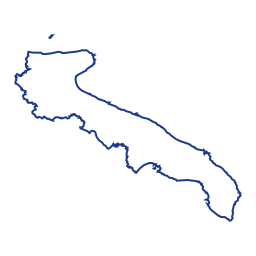 outline of Puglia, Bari, Italy
{"feature_id": "23120603B69806914684511", "entity_name": "Puglia", "entity_type": "district", "adm_level": 2, "iso_a3": "ITA", "parent_name": "Italy", "parent_adm1": "Bari", "projection": "natural_earth1", "projection_center": [17.16, 41.008], "detail": "fine", "context": "isolated", "style": "outline", "palette": "blue", "viewbox_px": 256, "rotation_deg": 0, "n_neighbors": 0, "source": "geoboundaries", "source_scale": "gbopen_adm2", "svg_char_len": 5785}
<svg xmlns="http://www.w3.org/2000/svg" viewBox="0 0 256 256"><path d="M17.3,84.1L20.9,87.4L21.4,89.4L22.1,89.0L22.3,90.1L25.7,91.2L25.8,91.9L25.1,92.1L24.8,92.9L25.5,94.3L24.3,94.5L23.0,95.7L23.8,98.8L27.5,100.0L27.2,101.2L28.1,102.0L27.8,102.4L28.6,102.9L31.9,102.5L31.8,103.0L32.8,103.3L33.1,104.1L34.9,103.7L36.6,105.4L36.8,106.1L34.7,106.5L34.6,107.3L35.7,109.5L33.2,110.7L32.3,111.8L32.3,112.9L33.1,113.9L34.2,114.1L35.2,115.8L35.7,116.0L35.8,116.7L37.5,117.8L38.9,116.9L41.2,117.6L42.2,118.4L44.1,116.6L45.1,117.6L45.9,117.5L47.2,118.9L49.2,118.8L49.6,119.4L53.2,120.7L53.1,119.4L55.5,117.4L58.0,117.2L59.7,118.0L61.0,117.7L61.2,118.3L62.6,118.3L65.9,117.2L67.4,118.5L69.3,117.9L69.6,117.0L69.3,116.3L71.2,115.8L71.4,114.9L72.1,115.3L72.5,114.5L73.4,114.7L73.8,114.0L74.4,114.0L75.3,115.3L75.7,115.1L77.0,116.3L79.0,116.3L79.5,117.2L79.1,117.7L80.5,117.6L80.9,118.0L80.6,118.6L81.9,120.8L82.4,120.4L83.5,120.9L84.5,122.2L84.5,122.8L83.7,123.2L83.9,125.2L83.6,125.7L82.5,127.3L80.2,127.3L80.5,128.3L87.7,131.3L89.5,133.1L90.3,132.4L90.6,131.5L92.2,130.7L94.6,131.5L95.4,132.3L96.5,136.6L98.0,139.0L99.4,140.7L101.8,142.2L103.8,144.8L105.8,145.9L107.4,148.4L108.6,148.7L110.0,147.7L112.1,145.8L113.4,143.8L114.1,144.9L114.7,145.1L114.4,146.0L115.7,146.8L116.1,146.7L115.5,146.1L115.9,145.5L115.3,145.2L115.6,144.6L116.7,144.2L117.3,145.6L117.6,145.8L117.7,145.3L117.9,145.8L118.2,145.4L117.6,144.0L118.3,143.7L119.2,144.6L121.7,144.5L122.1,144.7L121.9,145.3L122.9,145.3L122.9,145.9L123.5,145.8L123.6,144.9L124.2,145.7L127.4,147.6L126.4,148.3L126.2,147.8L125.7,148.5L126.7,149.6L127.6,149.7L126.5,154.0L126.7,155.4L127.6,156.5L126.6,157.2L127.0,157.9L126.2,160.2L127.4,161.7L126.9,162.6L128.2,163.9L127.1,166.1L128.6,167.3L129.2,166.8L129.3,167.5L131.0,167.8L131.1,167.3L132.3,167.9L132.7,169.8L134.4,171.6L135.0,171.6L135.3,172.3L135.7,171.9L136.4,172.6L139.8,168.4L144.4,164.9L149.0,163.1L151.9,163.0L154.0,163.8L153.8,164.9L155.0,164.0L154.5,164.8L155.2,164.4L155.9,165.3L156.1,165.1L156.0,166.2L156.8,166.2L156.8,166.3L157.0,166.7L156.8,166.3L157.2,166.5L157.2,166.2L158.4,166.6L158.3,166.2L159.0,166.0L158.8,166.5L160.3,167.5L160.6,168.6L160.3,168.8L160.8,169.2L160.3,169.0L160.2,169.7L159.4,170.5L157.9,170.7L157.6,171.8L158.9,171.7L162.2,173.5L162.3,174.1L163.5,174.0L164.3,175.1L167.1,175.8L169.6,177.8L172.6,178.0L173.6,179.0L175.9,179.5L176.7,180.7L187.5,180.0L196.1,181.1L197.7,181.9L198.1,181.4L199.0,181.6L199.5,182.6L200.5,182.8L200.9,183.9L201.2,183.5L201.9,184.0L202.0,185.0L201.2,184.2L203.1,186.5L202.6,188.2L203.1,189.5L205.2,191.5L205.5,192.4L206.2,192.3L206.5,193.1L207.0,192.9L208.4,195.4L208.6,197.3L207.9,198.8L206.1,199.7L207.7,200.0L208.9,201.5L209.1,202.8L208.8,203.7L208.2,204.4L207.4,204.0L208.6,206.3L209.5,207.0L209.7,208.1L210.9,209.7L218.7,215.9L219.4,215.9L220.9,217.0L224.9,217.1L227.8,219.2L228.5,219.3L229.7,220.7L230.7,220.0L230.5,220.4L231.2,220.3L232.6,218.3L232.1,216.6L233.1,212.8L232.5,211.3L234.0,204.7L234.6,203.9L235.1,204.1L235.3,202.1L237.8,200.5L238.3,197.6L238.6,197.8L240.6,195.6L239.8,194.1L240.4,193.3L239.6,192.4L238.6,192.4L238.8,191.7L237.6,189.2L237.0,188.8L236.7,187.5L237.0,186.1L235.6,183.6L235.6,182.8L234.9,182.4L235.0,181.7L234.4,180.7L232.1,179.2L230.5,176.8L227.7,174.6L227.0,173.7L227.1,173.1L225.3,171.9L222.5,168.5L220.4,167.0L215.7,165.1L215.0,164.0L212.7,162.5L212.6,161.5L210.4,159.9L209.9,158.9L210.5,156.8L208.7,154.6L208.6,153.7L209.1,153.3L207.6,152.8L206.5,152.7L207.0,153.0L206.6,153.2L206.0,152.6L205.8,153.0L204.7,153.1L204.7,153.7L204.5,154.0L204.2,153.3L203.1,153.5L204.6,153.1L205.3,151.7L205.6,151.7L205.6,152.3L205.9,151.7L207.5,151.6L204.7,151.6L203.6,149.8L203.0,150.4L197.5,149.4L195.0,148.0L195.1,147.5L191.6,146.0L189.5,144.3L180.0,141.0L176.2,139.2L170.7,135.2L169.2,133.5L166.8,132.5L165.8,130.7L163.6,128.4L164.0,128.4L163.2,128.3L161.8,127.0L161.4,127.2L159.6,125.5L157.7,125.0L156.1,123.0L153.3,121.9L151.2,120.7L151.1,120.1L151.1,120.6L148.2,118.9L142.2,117.5L140.3,116.3L137.2,115.4L136.8,115.1L137.2,115.1L136.7,114.8L136.8,114.0L136.5,113.8L135.2,113.4L136.7,114.0L136.0,114.2L136.5,114.4L136.3,114.8L135.6,114.9L135.1,114.4L135.5,113.8L134.3,114.3L132.8,114.0L130.8,112.4L125.7,111.1L124.2,109.9L121.3,109.8L119.1,108.3L119.5,108.9L118.6,108.6L119.0,108.1L118.4,108.4L115.4,106.2L110.2,104.4L108.6,102.7L108.4,103.1L108.3,102.8L108.6,102.6L107.2,102.6L104.6,101.0L101.2,100.0L100.5,99.6L100.6,99.2L100.6,98.7L100.5,99.7L100.0,99.5L100.2,98.8L99.7,99.5L98.5,99.1L95.0,96.6L92.1,95.6L90.5,94.3L90.5,94.6L90.0,94.5L81.9,90.6L79.3,88.6L77.4,86.1L76.0,82.5L75.5,78.9L76.1,76.3L77.3,76.1L76.7,75.9L77.3,75.4L77.5,76.1L77.4,75.3L78.7,74.4L86.3,70.4L86.8,69.0L89.5,67.4L89.8,66.8L91.2,66.5L91.5,65.9L92.5,65.5L92.7,64.6L93.9,64.2L94.3,63.4L94.0,62.8L94.5,62.6L94.4,60.2L94.7,59.9L94.0,59.8L94.2,59.0L93.8,58.9L93.2,57.3L93.3,55.7L93.9,55.4L93.1,55.2L93.5,54.8L92.4,54.9L91.8,53.4L89.8,52.9L87.5,50.8L86.1,50.2L83.9,50.5L83.0,50.1L77.4,51.5L64.0,53.0L61.9,52.9L61.4,52.3L58.5,51.8L51.0,53.4L45.3,54.1L42.4,53.9L41.0,52.7L32.5,52.6L28.4,51.9L27.9,54.1L28.5,55.7L27.5,56.4L27.1,57.7L26.1,58.3L25.9,59.3L26.8,60.6L27.0,61.9L26.8,62.8L25.9,63.4L25.7,64.6L26.9,66.0L26.0,66.0L25.9,66.5L27.1,68.3L29.7,69.1L26.9,70.4L26.2,71.0L25.9,72.1L25.2,71.3L24.9,71.8L25.2,72.1L23.9,72.6L23.8,73.2L22.7,73.2L22.2,74.2L22.3,74.8L21.4,74.7L21.1,76.0L20.0,76.0L19.7,75.4L18.9,75.4L18.8,74.8L17.0,74.1L15.4,76.2L16.6,77.1L16.0,77.6L16.4,78.3L16.0,79.5L16.3,79.9L15.5,81.7L15.5,83.5L17.3,84.1ZM121.8,144.1L122.5,144.4L122.5,144.6L121.7,144.5L121.8,144.1ZM50.6,36.5L49.5,37.4L49.6,37.9L50.5,37.7L50.9,36.8L50.6,36.5ZM155.3,168.6L154.9,167.8L153.7,168.4L154.4,168.9L155.3,168.6ZM52.5,35.3L51.7,35.3L51.6,36.1L52.5,35.3ZM51.4,36.9L52.2,36.1L51.2,36.8L51.4,36.9Z" fill="none" stroke="#1e3a8a" stroke-width="2"/></svg>